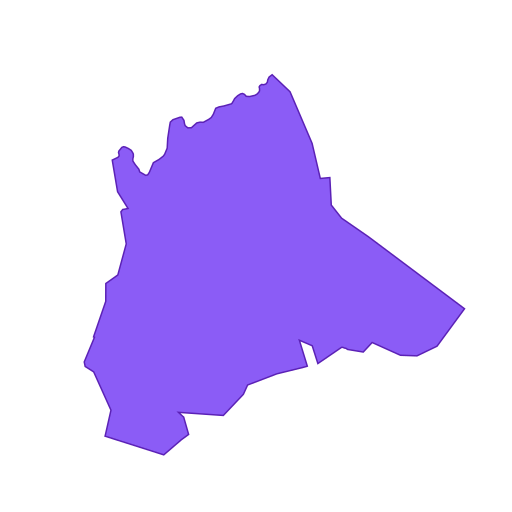 outline of Henderson, North Carolina, United States of America, rotated 167°
{"feature_id": "52423323B65725719955419", "entity_name": "Henderson", "entity_type": "district", "adm_level": 2, "iso_a3": "USA", "parent_name": "United States of America", "parent_adm1": "North Carolina", "projection": "orthographic", "projection_center": [-82.46, 35.322], "detail": "fine", "context": "isolated", "style": "filled", "palette": "violet", "viewbox_px": 512, "rotation_deg": 167, "n_neighbors": 0, "source": "geoboundaries", "source_scale": "gbopen_adm2", "svg_char_len": 1762}
<svg xmlns="http://www.w3.org/2000/svg" viewBox="0 0 512 512"><g transform="rotate(167 256 256)"><path d="M374.5,381.8L376.3,351.7L376.4,349.7L370.0,331.1L373.8,331.2L375.4,331.3L377.7,329.4L379.7,297.0L394.9,268.6L408.5,263.0L412.6,245.6L432.5,213.7L431.9,213.2L431.7,213.1L447.2,191.4L447.3,186.8L440.2,179.6L432.0,138.4L442.7,116.2L443.6,114.4L390.6,83.0L370.0,93.8L361.8,97.3L362.7,115.1L362.7,115.3L362.8,115.5L363.0,115.6L366.7,121.1L323.7,108.0L299.4,124.1L293.2,132.2L262.3,136.5L234.7,136.9L231.8,137.0L230.8,137.1L230.8,137.3L232.7,164.2L221.4,155.9L219.9,137.3L193.3,147.7L192.7,147.7L191.7,147.3L190.7,146.5L189.1,145.8L188.7,145.4L187.9,144.4L173.1,138.3L162.3,145.6L137.6,126.8L121.6,122.5L99.9,127.4L64.7,157.7L142.0,249.3L164.1,273.6L171.2,288.7L166.4,315.8L175.9,317.1L176.0,353.1L185.9,408.4L199.5,429.0L203.0,427.4L204.9,425.0L205.9,422.7L207.8,421.3L210.2,421.2L211.9,421.9L213.9,421.1L214.9,420.0L214.9,418.3L215.4,416.1L216.4,415.0L218.4,413.6L220.8,412.8L223.1,412.8L226.3,412.8L229.7,413.8L229.9,414.4L230.9,416.1L232.6,417.4L234.6,417.4L237.8,416.3L241.4,414.2L243.2,412.1L244.7,410.6L245.0,410.2L245.7,409.8L253.6,409.4L258.5,409.6L262.0,409.0L265.7,403.7L268.4,401.0L271.2,399.8L277.3,398.1L280.4,399.0L283.8,399.0L290.1,395.5L293.6,396.2L295.7,398.9L295.9,400.9L295.7,404.4L297.1,408.0L298.9,408.3L306.3,407.5L309.4,405.7L310.7,402.7L315.5,390.6L318.3,381.0L322.1,375.7L323.8,374.2L328.7,371.9L335.0,370.0L341.1,361.5L343.3,359.4L345.3,359.4L350.4,364.1L350.6,366.9L353.1,372.1L354.6,376.2L354.2,378.3L353.1,380.5L352.6,382.9L352.9,384.4L353.8,387.0L356.1,389.4L358.9,391.6L360.5,392.3L362.3,392.0L366.0,389.1L366.7,387.7L366.6,385.9L366.8,384.4L368.3,383.2L374.5,381.8Z" fill="#8b5cf6" stroke="#5b21b6" stroke-width="1.5"/></g></svg>